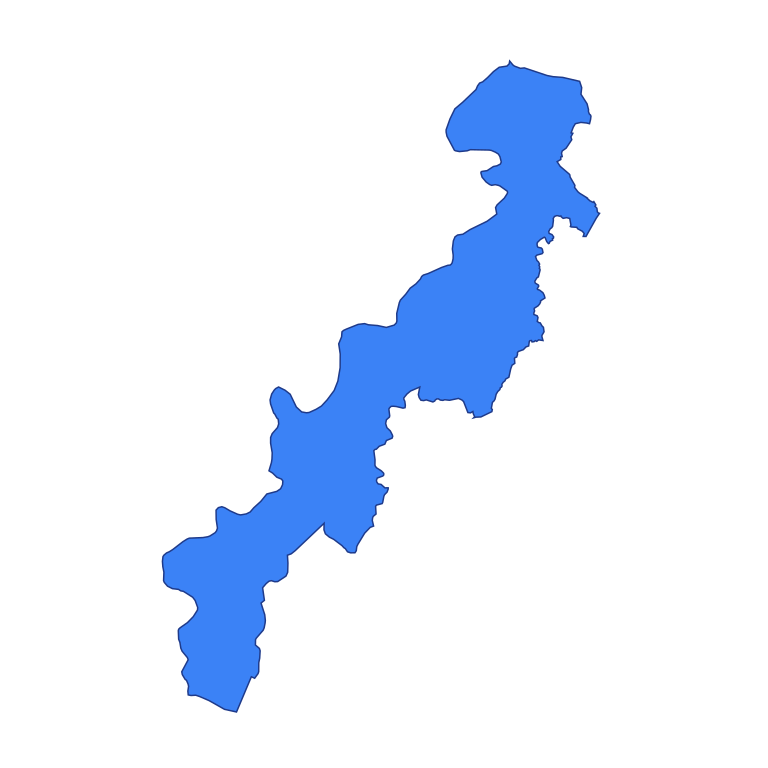 Tuzamapan de Galeana, Puebla, Mexico, rotated 347°
{"feature_id": "50627088B82923584373412", "entity_name": "Tuzamapan de Galeana", "entity_type": "district", "adm_level": 2, "iso_a3": "MEX", "parent_name": "Mexico", "parent_adm1": "Puebla", "projection": "mercator", "projection_center": [-97.528, 20.103], "detail": "fine", "context": "isolated", "style": "filled", "palette": "blue", "viewbox_px": 768, "rotation_deg": 347, "n_neighbors": 0, "source": "geoboundaries", "source_scale": "gbopen_adm2", "svg_char_len": 6170}
<svg xmlns="http://www.w3.org/2000/svg" viewBox="0 0 768 768"><g transform="rotate(347 384 384)"><path d="M123.3,642.9L125.9,644.1L130.6,644.9L134.0,647.0L142.3,653.1L155.4,665.1L166.5,670.4L188.9,639.4L191.8,641.6L196.1,637.9L197.2,636.1L199.3,627.4L201.2,623.2L203.3,616.1L203.1,613.6L200.0,609.4L201.3,604.2L202.3,603.0L210.9,596.7L212.4,594.6L214.4,590.1L215.2,587.7L215.9,582.0L214.9,569.8L218.8,567.9L219.9,555.2L224.4,551.9L227.6,550.3L230.0,550.3L233.1,552.1L236.0,552.6L245.3,549.1L247.8,545.8L250.1,536.9L251.4,529.1L255.4,528.6L260.0,526.4L294.3,506.2L292.7,512.6L293.2,516.8L296.3,520.9L300.0,524.0L306.7,532.0L308.1,534.5L309.3,535.7L310.7,539.3L313.5,541.0L317.8,541.9L319.5,540.2L320.9,536.3L322.5,534.3L331.6,525.0L338.3,520.6L341.9,520.1L341.9,514.3L342.9,511.6L343.8,510.5L347.0,508.9L348.3,501.3L349.4,500.3L355.3,500.1L356.1,499.1L358.6,493.4L359.6,492.0L362.7,490.0L364.5,487.2L364.7,486.1L361.5,485.4L358.6,481.2L355.8,480.0L354.9,477.9L355.0,476.0L356.3,474.1L362.1,473.4L363.1,472.8L363.6,471.6L363.5,470.7L361.9,468.1L357.9,464.0L357.1,462.3L356.9,461.1L358.2,455.8L359.1,446.6L360.6,445.7L361.9,445.8L365.3,443.6L371.3,442.8L373.6,439.6L379.7,438.6L380.7,437.0L380.7,435.7L379.6,431.2L377.0,427.2L376.7,422.9L378.3,419.4L381.8,417.5L382.4,416.3L383.1,409.5L384.1,408.4L385.9,407.4L387.9,407.7L390.9,408.7L397.1,411.8L399.2,411.8L400.0,409.6L400.4,405.5L399.9,403.3L400.2,402.0L404.0,399.0L408.3,396.8L418.2,395.0L415.1,402.0L415.2,405.1L416.3,408.1L418.9,409.1L421.6,409.0L427.6,412.5L429.6,412.0L430.1,411.3L432.0,410.4L433.8,410.8L435.2,412.3L437.7,413.2L439.6,413.0L444.2,414.6L453.3,414.8L456.2,417.0L457.6,419.0L459.3,430.7L461.8,431.6L464.4,430.8L464.3,433.0L464.9,436.0L464.7,436.5L463.8,437.1L466.2,437.0L471.0,437.9L482.9,435.2L483.8,433.2L483.1,431.9L485.5,426.3L487.4,425.2L488.8,423.7L491.0,419.2L493.2,416.9L495.6,415.5L496.6,413.7L497.7,413.5L498.6,412.5L498.7,410.9L500.4,409.2L502.6,408.1L503.6,406.6L507.2,405.5L510.9,397.7L513.0,394.5L516.1,393.3L516.9,388.3L517.9,387.7L519.3,387.6L520.7,385.3L521.1,383.4L522.3,382.5L527.5,381.9L530.7,379.8L533.5,379.5L535.2,375.1L536.0,374.6L537.5,374.8L537.7,376.3L539.8,376.5L541.2,375.8L542.4,376.8L544.6,375.8L548.7,377.4L548.5,373.5L548.8,372.2L551.7,369.1L552.1,364.6L551.0,362.9L550.0,359.6L548.7,359.0L547.4,357.5L549.0,353.9L548.6,352.0L545.7,350.0L546.0,348.4L547.2,346.7L547.1,344.8L547.5,344.0L551.7,342.5L553.8,340.9L555.1,339.2L555.2,338.2L560.2,336.4L560.1,333.6L559.4,330.8L556.7,327.5L554.9,326.4L554.8,325.6L556.8,323.4L556.7,322.3L554.1,319.7L554.0,318.8L554.1,317.8L555.9,315.9L557.1,314.8L558.5,314.4L561.7,308.1L561.8,307.1L561.3,306.4L562.1,304.9L561.7,303.1L562.6,302.2L561.9,299.7L560.8,298.0L560.3,293.9L562.0,292.8L567.3,292.6L568.5,291.7L568.6,288.2L567.9,286.9L564.8,285.4L564.4,284.3L564.6,282.0L565.3,280.6L568.9,278.4L573.2,277.0L573.9,277.6L574.6,281.8L575.8,284.2L576.6,284.1L577.9,282.4L580.7,281.8L580.8,280.2L581.9,280.0L582.4,278.8L581.3,276.2L578.8,274.4L578.8,272.5L580.8,270.2L582.5,269.5L583.8,268.3L585.9,262.6L586.1,260.8L587.8,259.1L589.8,258.8L591.3,259.1L592.5,259.9L594.2,260.1L594.2,260.8L595.8,262.9L599.3,263.0L602.2,264.5L601.9,271.1L601.0,272.5L601.8,273.1L607.1,274.7L607.6,276.3L611.6,279.8L612.9,282.4L611.3,285.0L614.0,285.7L628.1,270.2L632.4,266.2L631.4,265.6L630.6,264.2L631.0,260.6L629.6,258.3L630.7,257.2L629.5,253.5L628.7,254.1L625.8,251.8L623.7,248.7L623.9,248.5L617.4,242.0L616.1,240.2L613.9,235.3L614.7,233.4L611.9,224.2L612.1,222.0L611.7,221.1L604.6,211.5L602.7,206.3L606.8,205.0L607.3,202.5L608.8,202.5L608.9,199.0L610.1,197.0L614.5,195.2L621.9,188.2L621.7,185.2L624.4,182.2L622.8,181.4L626.2,176.3L629.0,173.4L634.7,173.4L640.2,175.3L642.8,176.6L644.7,172.9L645.9,169.6L645.7,168.4L644.8,167.1L644.5,164.5L645.0,162.6L644.9,156.7L641.1,146.0L643.3,139.7L642.7,133.1L627.2,125.5L617.9,122.6L612.3,120.1L591.9,107.6L587.9,107.1L582.6,103.6L581.3,102.0L579.1,97.6L578.0,100.2L575.3,101.9L567.5,101.3L561.0,104.2L553.9,108.7L548.1,111.8L544.8,112.3L542.2,114.6L539.9,117.8L524.0,127.2L515.0,131.8L507.9,140.6L501.7,150.3L501.2,152.6L501.1,156.8L505.2,172.1L506.2,172.9L509.8,174.5L517.6,175.5L520.8,175.1L539.1,179.7L541.2,180.6L544.7,183.2L547.2,185.7L548.1,188.6L548.2,194.1L546.8,195.9L543.1,196.8L539.5,196.7L532.5,199.3L527.1,198.9L526.2,199.3L525.9,200.2L526.1,204.6L528.9,210.1L531.7,213.3L533.5,214.6L537.3,214.8L540.2,216.2L541.6,217.2L547.5,223.9L547.5,225.1L547.0,226.1L543.0,230.0L534.5,234.9L532.4,237.2L532.1,243.8L521.1,248.6L502.6,252.9L494.6,255.8L489.2,255.4L486.3,256.6L483.8,260.1L481.0,267.8L480.4,274.0L479.5,277.5L477.7,281.2L476.3,282.5L475.2,283.0L472.9,282.7L466.4,283.4L451.8,286.3L446.9,286.7L444.9,287.7L443.1,289.9L437.7,293.6L431.1,296.5L425.4,301.4L418.8,306.0L417.2,308.2L412.3,318.1L410.7,325.6L409.7,327.3L407.2,328.9L399.0,329.4L390.9,325.6L382.1,322.8L378.7,320.8L372.2,320.1L359.9,322.0L356.6,322.7L354.8,323.7L353.3,328.5L348.9,334.7L348.1,344.9L344.9,358.3L339.7,370.8L334.0,379.1L325.0,386.7L318.1,391.4L312.1,393.4L304.7,394.9L302.0,394.6L297.5,392.7L293.4,386.7L290.3,372.9L286.2,367.8L280.6,363.2L277.4,364.1L275.6,365.3L272.3,368.5L269.4,373.9L269.0,377.9L270.0,387.4L270.8,388.7L272.0,393.1L273.0,394.5L272.4,399.2L270.4,402.5L263.9,407.2L261.5,410.6L260.2,416.1L259.6,425.9L257.9,432.1L256.6,435.3L252.4,442.7L255.4,445.7L258.6,450.7L262.8,453.7L263.6,455.8L262.5,459.3L259.7,462.8L255.4,464.5L245.1,464.8L237.5,470.7L229.3,475.3L224.8,478.6L220.6,479.6L214.8,479.3L212.1,478.0L205.5,473.0L201.1,468.8L198.4,467.1L194.8,467.2L192.0,469.1L190.0,478.3L189.3,487.0L187.7,489.5L186.0,490.9L180.3,492.9L178.0,493.2L173.0,492.9L159.6,490.4L157.2,490.8L152.6,492.4L141.1,497.7L137.2,499.1L134.1,499.7L131.0,501.3L129.8,502.5L128.2,507.0L127.4,512.3L127.2,517.9L125.0,526.0L125.3,527.9L127.6,532.3L131.8,535.8L137.6,537.9L139.4,539.8L141.9,540.9L149.6,548.7L151.3,552.5L152.2,559.9L151.4,562.3L145.8,567.8L138.8,572.3L130.6,575.6L128.8,576.7L128.1,578.0L126.5,586.5L127.0,589.9L126.6,595.7L127.2,599.0L130.9,606.4L131.1,608.7L122.2,618.9L122.1,621.8L123.8,627.1L124.9,628.3L125.6,632.2L125.6,634.6L123.8,639.1L123.3,642.9Z" fill="#3b82f6" stroke="#1e3a8a" stroke-width="1.5"/></g></svg>